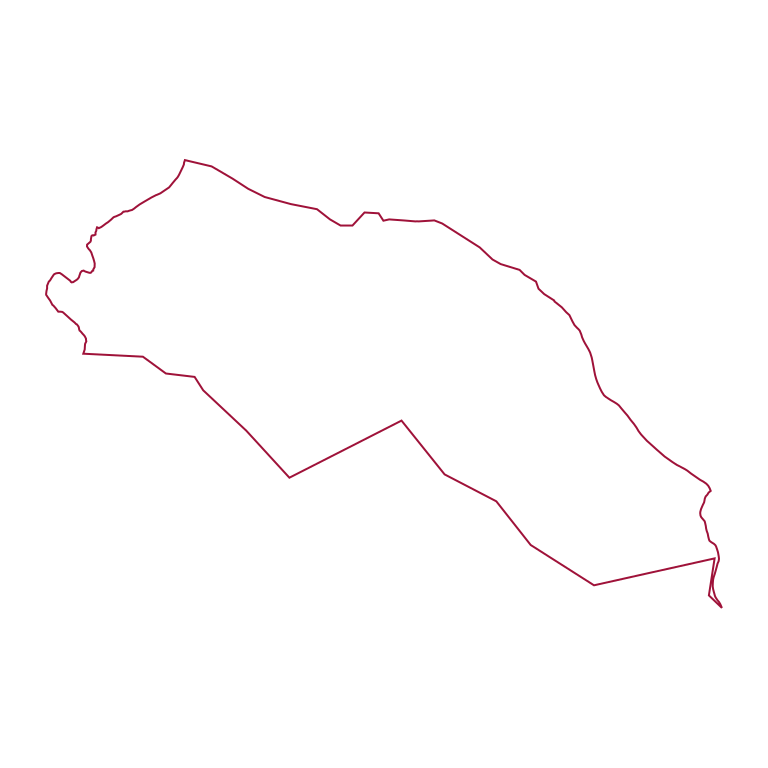 outline of Anse Cochon, Anse-la-Raye, Saint Lucia
{"feature_id": "8701671B53100902069949", "entity_name": "Anse Cochon", "entity_type": "district", "adm_level": 2, "iso_a3": "LCA", "parent_name": "Saint Lucia", "parent_adm1": "Anse-la-Raye", "projection": "natural_earth1", "projection_center": [-61.053, 13.922], "detail": "fine", "context": "isolated", "style": "outline", "palette": "rose", "viewbox_px": 768, "rotation_deg": 0, "n_neighbors": 0, "source": "geoboundaries", "source_scale": "gbopen_adm2", "svg_char_len": 3590}
<svg xmlns="http://www.w3.org/2000/svg" viewBox="0 0 768 768"><path d="M343.8,225.5L340.5,225.5L330.0,219.4L317.0,209.2L290.9,204.1L264.7,197.0L248.2,188.8L232.5,178.6L211.6,166.4L184.9,160.1L184.7,160.8L184.0,162.9L183.9,164.4L182.8,167.0L179.1,174.7L177.9,176.8L177.0,178.0L175.5,179.6L172.5,183.2L171.4,184.6L169.1,187.4L164.5,190.5L160.4,193.3L157.0,194.8L156.1,195.1L151.4,197.5L144.9,201.3L139.7,204.4L136.1,207.0L134.0,208.7L132.0,210.0L130.3,210.4L128.4,211.0L127.8,211.3L125.6,211.3L124.2,211.7L123.4,211.7L121.3,213.8L120.0,214.5L116.1,216.3L114.3,216.9L113.5,217.3L111.0,219.7L108.0,222.2L106.0,223.5L103.5,225.4L101.3,227.0L99.6,227.8L98.8,228.2L98.4,227.9L97.1,227.3L96.8,228.1L96.4,229.5L96.3,230.7L95.5,232.4L95.5,233.5L95.5,234.6L94.7,235.0L93.6,235.5L93.1,235.2L92.0,235.5L91.4,236.2L91.3,237.1L90.9,239.2L90.9,240.6L90.4,241.8L89.7,242.4L88.3,243.6L87.1,244.6L87.0,246.4L87.9,247.9L89.1,249.5L89.8,250.1L91.3,252.5L92.3,255.5L93.3,258.3L94.1,261.0L94.7,263.5L94.6,266.3L94.6,267.1L93.3,269.4L93.2,270.6L92.4,270.8L91.4,272.1L90.7,272.8L89.4,272.8L87.1,272.1L85.5,271.6L84.2,271.0L83.7,270.6L81.9,271.0L80.5,272.5L79.2,276.3L79.0,277.2L78.0,278.6L77.1,279.5L75.5,280.6L74.5,281.2L73.3,282.1L72.3,282.2L71.8,282.4L70.8,281.8L70.3,280.8L61.7,274.2L59.8,273.0L58.3,273.0L56.2,273.3L54.6,274.0L54.1,274.3L53.6,274.9L51.7,277.7L50.0,280.5L48.8,281.6L47.1,285.7L47.1,288.4L46.5,290.9L46.1,294.1L46.2,294.9L48.3,298.0L50.1,300.5L52.4,304.9L53.3,305.5L55.6,308.1L58.3,311.7L60.4,311.7L62.2,311.9L63.2,312.5L71.0,319.6L74.6,322.5L76.0,324.0L76.9,324.4L78.5,326.5L78.9,327.8L79.2,329.5L79.6,330.6L80.3,331.1L81.4,332.3L82.7,333.9L83.6,334.8L84.8,336.3L86.0,338.7L86.0,339.7L86.3,341.4L85.2,343.6L85.0,344.6L84.7,349.5L83.5,353.1L83.3,353.7L142.9,356.7L165.9,373.5L194.6,376.9L203.2,390.3L246.3,430.7L289.4,477.7L401.5,420.6L444.6,474.4L496.3,501.3L530.7,545.0L594.0,585.3L647.7,573.3L714.6,558.4L708.9,595.4L721.9,607.9L720.3,604.2L719.0,602.0L717.3,600.0L715.6,597.4L714.9,595.8L714.4,593.9L713.8,591.8L713.1,589.0L712.7,586.3L712.8,583.2L713.1,579.6L713.7,577.0L714.7,574.1L715.5,571.3L716.6,567.3L717.6,563.4L718.6,561.3L719.0,558.8L718.7,556.3L718.4,554.6L718.0,552.3L717.1,549.4L716.1,546.5L715.4,545.2L713.9,543.8L711.3,542.2L710.0,541.2L709.4,540.6L708.9,539.2L708.3,536.8L707.7,533.6L706.7,530.9L706.1,528.4L705.8,526.0L705.2,523.3L704.7,521.3L703.1,519.4L701.3,517.3L700.5,515.6L700.2,513.2L700.3,511.9L701.0,509.2L701.8,507.3L702.8,505.0L704.1,502.4L704.5,500.4L704.8,498.6L705.7,496.4L706.4,495.7L707.4,494.6L708.6,492.6L710.7,490.9L709.7,488.3L708.2,485.7L706.3,483.7L703.3,481.6L700.2,479.9L692.7,474.7L691.1,473.6L687.4,470.7L685.2,469.3L679.0,466.0L676.8,464.9L672.2,461.9L664.6,456.5L656.7,449.6L646.9,440.8L643.2,436.8L641.1,434.5L638.6,431.2L636.5,427.6L633.9,423.9L630.6,419.9L627.5,415.6L624.8,412.5L621.5,408.6L618.9,405.4L616.9,403.8L614.2,402.1L610.7,400.1L606.0,397.0L604.0,395.3L601.7,391.7L600.0,388.3L598.4,384.7L597.4,382.4L596.2,379.0L595.1,375.1L594.3,371.1L593.3,365.7L592.3,360.4L591.7,357.5L590.1,352.5L588.4,349.1L586.7,346.2L585.1,343.5L583.7,340.9L582.1,337.3L581.3,334.5L579.7,330.6L578.3,329.0L577.1,327.9L574.5,325.1L572.4,321.3L569.4,315.1L566.2,312.2L561.8,307.3L554.4,301.4L554.2,300.5L553.1,299.8L544.2,294.1L538.5,288.7L536.0,281.6L524.6,274.9L519.6,269.9L500.7,264.1L492.5,259.5L479.7,247.4L442.2,223.5L434.3,220.4L431.5,220.6L418.7,221.4L417.2,221.3L415.3,221.4L403.2,220.4L391.8,219.6L389.2,219.4L383.4,220.7L378.6,213.3L364.5,212.5L352.5,225.5L349.2,225.5L346.3,225.5L343.8,225.5Z" fill="none" stroke="#9f1239" stroke-width="2"/></svg>